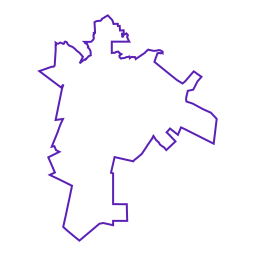 outline of Benjamín Hill, Sonora, Mexico
{"feature_id": "50627088B71281385792912", "entity_name": "Benjamín Hill", "entity_type": "district", "adm_level": 2, "iso_a3": "MEX", "parent_name": "Mexico", "parent_adm1": "Sonora", "projection": "robinson", "projection_center": [-111.217, 30.152], "detail": "fine", "context": "isolated", "style": "outline", "palette": "violet", "viewbox_px": 256, "rotation_deg": 0, "n_neighbors": 0, "source": "geoboundaries", "source_scale": "gbopen_adm2", "svg_char_len": 5072}
<svg xmlns="http://www.w3.org/2000/svg" viewBox="0 0 256 256"><path d="M53.6,176.8L57.1,178.4L70.4,185.0L72.0,185.7L71.6,187.6L71.6,188.0L71.0,190.6L70.5,193.2L69.1,199.8L66.7,211.1L65.9,215.0L63.2,226.9L65.5,229.0L66.1,229.6L70.1,233.0L71.5,234.1L73.7,236.0L79.4,240.6L85.6,235.4L96.5,226.2L99.5,223.7L102.3,223.2L103.2,223.0L113.1,225.2L113.1,223.4L113.1,222.4L113.1,220.9L122.0,220.9L127.2,220.9L127.0,213.2L126.9,210.0L126.8,204.2L123.3,204.2L121.8,204.2L113.1,204.1L113.1,191.8L113.1,189.2L113.1,186.8L113.1,173.4L111.0,172.7L112.0,168.4L114.6,157.1L121.7,158.7L133.3,161.3L134.0,160.3L137.3,157.7L141.8,153.9L146.2,147.3L147.7,144.9L148.5,143.8L151.7,139.1L152.1,138.5L152.3,138.5L152.3,138.1L153.4,135.9L153.7,136.3L156.0,139.9L158.7,142.4L159.0,142.7L159.2,143.2L159.5,143.7L159.7,144.2L159.9,144.5L160.3,144.8L161.9,146.0L162.7,146.5L163.3,146.8L163.8,147.2L164.3,147.6L164.5,147.9L166.3,150.1L175.5,141.4L167.6,133.2L166.6,132.4L170.0,128.5L177.9,134.8L181.0,127.4L185.3,129.4L213.7,143.7L216.7,118.9L212.0,113.9L210.9,112.6L210.2,112.4L203.5,109.4L202.3,108.8L192.7,103.6L186.4,101.5L186.1,99.1L186.3,97.1L187.8,90.8L193.2,89.7L195.1,86.1L197.4,81.5L201.5,76.8L199.2,75.2L197.1,73.8L195.0,72.2L193.7,71.4L185.0,81.5L182.5,83.5L176.9,80.0L172.1,76.2L155.7,62.9L154.4,61.8L156.7,55.5L157.2,53.9L157.3,53.7L157.4,53.4L157.7,53.4L158.2,53.1L158.4,52.9L158.6,52.9L158.7,53.1L158.8,53.2L159.1,53.2L159.9,53.0L160.4,53.1L160.6,53.3L161.0,53.3L161.3,53.2L161.6,53.0L161.9,52.8L162.0,52.8L162.3,53.0L162.6,53.2L162.6,52.6L162.6,51.6L162.4,51.5L162.0,51.4L161.5,51.1L161.1,50.8L160.8,50.5L160.3,50.4L159.8,50.2L159.5,50.1L159.2,50.1L158.6,50.1L157.6,50.4L157.0,50.5L156.6,50.6L156.3,50.7L155.9,50.7L154.8,50.8L154.3,50.8L153.8,50.8L153.4,50.8L152.7,50.7L151.8,50.5L151.0,50.3L150.8,50.2L150.5,50.2L150.2,50.1L149.9,50.1L149.6,50.0L149.4,50.1L148.2,49.6L145.6,51.9L145.1,52.7L138.0,57.5L135.8,59.0L135.7,58.6L135.5,58.4L135.3,57.9L135.2,57.4L135.1,57.2L134.9,57.0L134.1,57.1L131.7,56.9L131.2,57.1L130.7,57.5L129.8,58.2L129.3,56.5L127.9,56.9L127.3,57.0L126.3,57.1L125.5,57.6L124.6,57.9L123.8,58.1L123.0,58.1L122.7,58.1L122.2,58.2L121.1,58.6L120.5,58.0L119.7,57.4L119.5,56.7L119.4,55.6L120.4,54.9L121.5,54.1L121.2,53.9L120.8,53.9L120.6,53.9L120.4,53.7L120.2,53.7L119.9,53.4L119.4,52.7L119.1,52.6L118.8,52.6L118.7,52.5L118.7,52.4L118.6,51.9L118.3,51.6L117.6,51.7L117.3,51.7L115.5,52.2L115.2,52.7L112.4,52.9L111.8,53.0L111.8,41.7L129.3,41.7L128.7,40.6L127.9,38.9L127.7,38.5L127.4,37.7L127.2,37.3L127.1,37.0L127.2,36.7L127.4,36.5L127.4,36.2L127.6,36.0L127.7,35.7L127.4,35.6L127.3,35.4L127.3,35.0L127.3,34.9L127.5,34.8L127.6,34.7L126.4,33.4L122.5,35.6L123.0,36.6L122.7,36.7L122.2,36.6L122.1,36.0L122.1,34.8L122.0,33.7L123.8,33.6L123.6,30.3L120.0,30.5L119.9,29.2L119.7,25.9L117.9,26.0L117.8,23.8L116.1,23.9L114.3,23.9L113.5,24.0L113.4,23.7L113.3,23.4L113.2,22.9L113.1,22.5L112.9,22.0L112.7,21.1L112.5,20.5L112.3,20.2L111.3,19.0L110.8,18.5L110.1,17.8L109.5,17.2L108.5,16.1L107.8,15.4L107.5,15.6L107.3,15.7L107.0,15.8L106.8,16.0L106.6,16.1L106.3,16.3L106.0,16.4L105.7,16.6L105.4,16.8L104.8,17.1L104.7,17.3L103.5,18.0L102.4,18.6L102.0,18.8L101.9,19.1L101.7,19.3L101.6,19.5L101.4,19.7L101.3,19.9L101.3,20.1L100.9,20.5L100.7,20.7L100.4,20.7L100.1,20.8L99.8,20.8L99.2,20.9L98.6,20.9L97.8,21.0L97.2,21.0L96.6,21.2L96.0,21.4L95.1,21.8L94.9,22.0L94.5,22.2L94.5,22.6L94.6,23.9L94.6,24.2L94.7,25.1L94.7,25.6L94.7,26.1L94.7,26.3L94.7,26.6L94.8,27.3L94.8,28.0L94.9,28.5L94.9,29.3L94.9,30.2L94.9,30.6L95.0,30.9L95.0,31.4L95.0,32.0L95.0,32.9L93.8,32.9L94.0,34.6L93.7,34.7L93.5,34.9L93.4,35.5L93.4,36.1L93.4,36.7L93.6,37.0L93.8,37.4L93.9,37.5L93.9,38.0L93.8,38.3L93.6,39.0L93.4,39.4L93.2,39.6L93.1,39.8L92.7,40.2L92.3,40.6L91.6,41.4L91.1,41.6L90.9,41.7L90.7,41.9L84.5,41.9L85.0,42.3L84.9,42.4L84.8,42.5L85.0,42.9L85.1,43.0L85.3,43.1L85.6,43.4L85.9,43.5L86.5,43.7L87.2,44.0L87.3,44.6L87.4,44.9L87.5,45.1L87.6,45.3L87.8,45.7L88.0,46.1L88.3,46.5L88.2,46.8L87.9,47.3L88.3,48.0L88.6,48.1L88.8,48.3L89.0,48.6L89.5,49.1L89.7,49.4L89.9,50.0L90.1,50.4L90.3,50.7L90.5,51.0L90.6,51.3L90.6,51.6L90.6,51.9L90.6,52.6L90.6,52.8L90.8,55.3L88.6,56.2L88.1,56.8L85.7,59.5L85.4,59.1L84.4,59.8L84.1,59.8L79.7,63.3L82.9,56.8L79.4,52.7L78.7,52.2L77.5,51.3L76.9,50.8L76.4,50.3L73.7,47.8L72.8,47.1L72.2,46.8L71.7,46.6L71.3,46.4L70.7,46.2L70.2,46.0L69.8,45.8L69.3,45.7L69.0,45.4L67.6,44.0L67.5,43.9L67.4,43.6L67.1,42.8L66.9,42.4L66.7,42.2L66.2,41.9L65.5,41.7L65.3,41.7L65.1,41.6L64.9,41.7L64.8,41.8L64.6,41.9L64.6,42.0L64.3,42.9L64.2,43.3L63.9,43.7L63.7,43.8L63.3,43.9L63.1,43.9L62.8,43.7L61.9,43.2L61.4,43.0L61.0,42.8L60.8,42.7L60.5,42.7L60.2,42.7L59.6,42.9L59.0,43.3L58.5,43.6L58.2,43.7L57.6,43.7L57.4,43.7L57.2,43.6L56.7,43.4L55.7,42.7L55.9,44.3L56.0,44.9L56.0,45.1L55.6,45.1L55.7,49.7L54.7,65.1L54.6,65.7L54.0,66.4L53.3,66.8L51.8,66.7L39.3,71.1L61.0,87.4L63.4,84.5L62.0,88.7L55.6,120.0L60.4,119.3L61.8,119.1L63.0,119.0L60.9,123.4L60.0,125.6L57.0,133.8L55.8,136.7L51.7,146.7L54.4,146.2L56.0,150.1L59.4,151.8L48.3,157.3L51.9,165.6L54.9,172.5L49.8,174.9L53.6,176.8Z" fill="none" stroke="#5b21b6" stroke-width="2"/></svg>